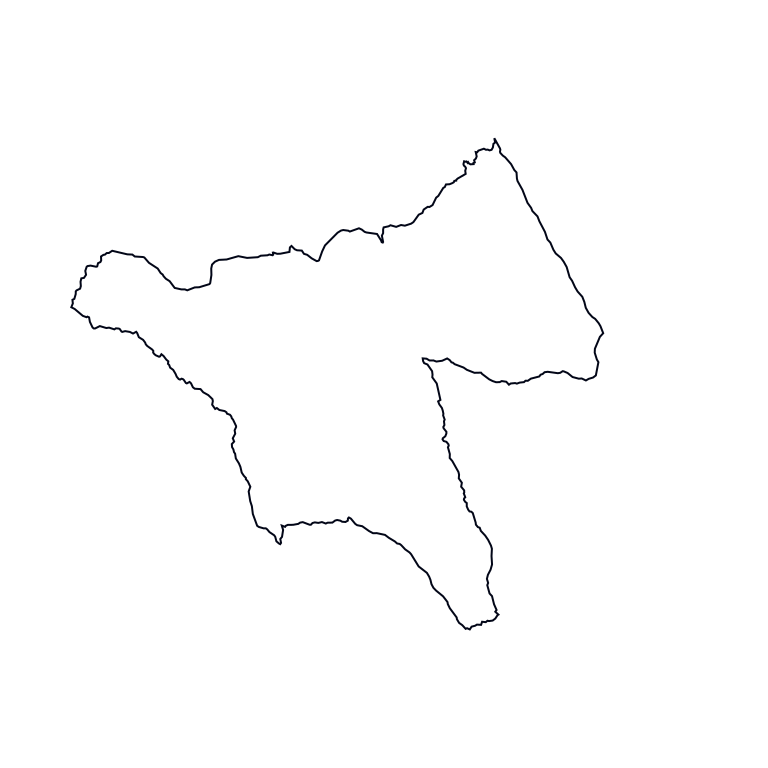 San Bernardo, Cundinamarca, Colombia (Equal Earth projection), rotated 328°
{"feature_id": "7082276B63706767253124", "entity_name": "San Bernardo", "entity_type": "district", "adm_level": 2, "iso_a3": "COL", "parent_name": "Colombia", "parent_adm1": "Cundinamarca", "projection": "equal_earth", "projection_center": [-74.363, 4.131], "detail": "fine", "context": "isolated", "style": "outline", "palette": "ink", "viewbox_px": 768, "rotation_deg": 328, "n_neighbors": 0, "source": "geoboundaries", "source_scale": "gbopen_adm2", "svg_char_len": 6154}
<svg xmlns="http://www.w3.org/2000/svg" viewBox="0 0 768 768"><g transform="rotate(328 384 384)"><path d="M329.7,636.2L333.2,637.3L335.3,637.3L338.7,639.7L341.2,637.6L344.1,639.9L346.3,639.6L347.4,640.7L350.8,642.2L354.1,641.9L357.8,640.2L358.8,640.2L357.7,636.1L359.7,635.3L360.6,629.1L363.2,621.1L362.5,617.6L365.0,609.3L366.9,607.9L368.0,603.8L371.0,600.9L375.9,598.0L380.0,594.3L384.0,586.9L388.2,580.9L389.1,577.7L389.7,571.4L389.5,566.2L388.3,559.9L389.0,556.6L387.8,555.1L387.4,552.0L388.3,550.1L390.9,540.5L390.4,538.6L389.0,537.4L388.8,535.2L389.3,531.7L391.1,528.8L390.4,526.9L390.4,524.5L391.3,523.5L392.9,523.1L393.7,519.0L394.5,518.6L395.6,516.7L395.0,512.0L397.7,509.0L397.4,503.7L399.6,500.7L400.5,498.1L401.1,485.5L400.5,481.6L402.7,478.3L404.7,471.5L406.2,470.6L406.7,469.3L406.3,466.1L404.4,464.0L404.3,462.0L405.1,461.2L408.3,460.8L410.6,459.1L411.6,457.6L411.1,453.2L411.5,451.9L413.5,450.8L415.1,447.4L416.6,446.3L417.5,442.0L418.6,440.7L419.7,437.8L420.4,435.0L420.1,430.6L420.7,427.4L423.4,427.4L429.0,411.5L428.5,403.9L430.1,401.8L431.6,398.6L431.2,390.5L429.1,387.6L429.3,385.3L430.4,382.8L433.5,385.1L435.1,388.2L438.4,390.2L440.3,392.7L445.6,395.1L451.1,395.8L452.4,398.6L452.7,401.4L453.7,402.4L454.4,404.6L460.2,412.2L461.8,415.9L466.6,422.4L472.3,425.8L472.5,427.4L475.7,435.8L477.7,439.1L480.0,441.9L483.1,443.7L485.4,443.9L488.9,446.9L489.6,450.8L491.7,450.7L495.7,452.7L496.9,454.1L499.8,454.7L503.7,456.6L505.7,456.2L507.7,457.5L511.4,457.3L519.7,459.9L521.7,459.1L523.9,459.6L526.4,459.1L529.3,460.4L537.2,467.0L539.4,467.9L542.3,467.8L543.1,468.5L545.5,471.9L547.6,478.0L552.0,482.7L554.6,484.1L557.1,488.0L560.3,488.1L564.7,489.3L568.2,489.0L577.4,479.1L577.5,476.0L579.3,469.1L581.5,465.9L592.1,458.4L596.8,457.1L598.2,449.7L598.3,446.3L597.6,440.7L596.2,437.6L595.2,432.1L595.5,426.3L597.4,420.5L598.4,415.1L597.2,408.2L597.3,403.2L598.2,396.2L598.0,391.8L600.9,381.6L601.2,375.6L600.9,370.9L598.8,364.3L598.8,359.9L600.0,352.2L599.2,348.1L601.1,340.3L602.0,328.3L603.0,323.2L601.5,316.0L602.1,312.6L601.7,306.4L604.3,292.7L604.8,282.6L605.6,280.2L608.5,274.8L607.9,271.6L608.3,264.9L606.9,256.0L605.8,253.3L605.1,249.7L605.4,248.5L606.8,247.0L607.2,245.7L607.8,234.0L606.2,238.1L604.1,238.3L601.7,241.1L599.3,242.4L597.3,241.8L596.2,240.2L594.6,239.4L593.4,237.4L587.7,236.1L585.8,236.9L584.7,235.9L583.2,240.1L581.4,241.5L579.0,242.0L578.4,244.2L576.9,244.0L576.5,245.0L573.7,243.5L572.9,241.8L572.9,240.5L572.1,240.8L571.9,239.0L570.9,238.7L570.0,237.6L567.9,239.6L567.5,241.1L568.0,242.7L567.9,244.4L565.9,246.2L564.6,249.1L555.3,248.8L553.4,249.2L553.0,249.8L551.3,249.0L550.1,249.9L548.1,249.8L545.4,249.3L542.3,247.6L539.9,249.2L538.2,249.1L529.7,253.3L527.0,253.6L520.0,258.0L516.4,258.0L514.9,256.9L510.1,257.1L507.2,259.3L503.2,258.8L494.7,262.3L492.0,262.4L485.6,260.8L482.7,258.2L477.6,257.2L473.6,252.8L471.5,252.7L466.7,251.0L465.2,252.4L463.2,255.6L460.8,257.1L458.5,263.1L457.9,263.4L457.2,262.5L457.6,260.6L457.6,253.1L449.4,246.2L448.2,244.7L447.0,241.3L445.3,238.7L435.8,236.6L435.0,235.1L431.0,231.8L428.8,231.1L424.8,231.1L407.4,235.2L401.8,238.8L394.4,244.7L393.1,244.6L392.0,244.1L389.3,239.2L387.3,233.7L385.1,231.2L385.0,227.3L381.1,224.5L379.7,222.4L378.7,217.9L376.6,218.3L373.8,221.9L365.2,218.6L362.4,217.0L359.9,213.9L359.4,213.7L358.6,215.6L357.8,215.8L355.3,213.4L353.4,213.1L347.5,209.9L344.2,209.6L334.7,204.5L328.2,198.4L316.5,195.0L309.8,191.3L305.5,190.7L301.5,191.6L298.7,194.5L295.4,200.1L290.1,206.3L288.9,206.8L278.5,204.0L274.7,201.8L266.8,200.3L265.3,198.3L262.2,196.3L257.4,191.6L256.7,183.2L254.8,179.2L254.2,175.9L254.3,173.9L253.4,171.6L253.3,166.2L248.9,156.7L247.8,149.7L246.9,148.6L240.2,143.8L239.2,140.9L235.0,138.0L224.1,127.0L220.1,127.1L218.2,126.0L215.9,126.4L214.5,125.8L211.6,125.9L209.6,129.4L208.1,130.3L205.5,130.0L203.1,132.3L202.0,132.0L197.9,128.1L195.1,126.9L194.0,127.0L190.6,129.8L189.2,133.5L185.8,135.0L183.3,134.0L180.8,136.5L178.8,140.3L176.8,142.1L172.9,141.7L171.7,142.1L170.2,144.4L166.5,147.7L164.4,147.5L162.8,150.8L159.5,153.2L161.4,156.4L164.7,166.6L167.1,169.7L168.2,169.7L169.2,171.2L167.5,175.5L166.8,181.6L167.3,183.1L168.4,183.8L173.7,184.3L178.2,189.4L180.7,190.5L184.3,194.8L186.1,194.7L188.4,196.4L189.0,197.2L189.2,200.4L189.6,201.1L192.5,202.0L196.1,205.2L197.9,208.2L201.5,208.4L201.7,209.9L200.9,214.4L203.1,218.9L203.4,222.3L203.0,224.1L203.4,226.4L205.7,232.0L205.9,233.7L204.9,235.0L205.0,236.6L205.6,238.6L207.7,241.7L208.7,241.9L211.0,240.8L211.9,243.4L212.3,248.0L213.1,250.5L211.5,252.4L211.9,254.0L211.3,256.8L212.7,260.3L212.6,264.9L212.1,268.0L212.5,271.0L213.4,272.2L215.1,272.2L216.0,273.2L216.4,274.4L216.5,278.1L217.1,279.0L220.2,279.2L220.7,281.2L220.2,285.5L221.0,287.7L225.7,291.1L226.3,295.2L229.1,300.3L230.5,305.9L229.8,307.8L227.3,310.5L227.6,315.7L229.5,315.8L230.6,318.8L234.5,322.5L235.4,324.5L235.1,325.9L237.1,328.5L237.3,330.5L236.8,332.5L237.1,334.1L236.3,341.2L235.8,342.1L232.8,344.1L231.5,347.3L227.0,349.9L226.4,353.4L223.1,354.3L221.7,357.0L221.6,359.7L220.7,362.3L220.8,364.2L218.9,368.6L218.9,374.4L218.3,378.2L216.4,383.7L216.5,387.5L217.1,390.6L216.4,391.5L216.9,394.3L216.2,400.3L212.3,403.4L208.5,412.4L207.2,417.6L203.9,424.7L201.3,437.0L202.1,438.9L205.5,442.7L207.3,443.8L207.9,445.3L208.4,448.9L210.7,454.1L210.8,455.9L209.4,460.4L210.4,463.6L211.1,464.8L212.5,464.2L213.9,460.5L216.5,459.6L221.1,454.3L222.3,449.9L224.4,452.7L225.5,452.2L227.8,452.5L232.2,455.2L237.2,457.2L239.4,457.1L241.9,458.1L246.4,464.0L247.4,464.6L249.7,464.0L252.0,464.7L254.7,467.0L258.2,468.2L260.7,471.5L262.6,471.7L266.8,474.2L270.2,473.9L272.2,474.5L274.6,476.8L275.5,478.6L278.2,480.6L280.9,480.7L282.2,478.9L283.5,478.6L284.6,480.7L285.5,487.4L286.4,489.5L290.2,493.1L293.4,500.8L295.6,504.7L298.9,506.7L304.9,512.5L306.6,517.0L309.8,523.3L310.6,526.2L312.5,527.9L313.2,529.7L314.3,535.4L316.4,540.4L316.8,542.7L316.7,557.1L320.3,566.9L320.2,571.3L319.6,574.7L318.2,578.9L317.9,583.0L318.7,586.8L321.6,595.4L322.3,602.6L321.5,604.4L321.0,609.0L321.9,620.5L321.2,622.1L321.1,626.4L322.6,630.0L323.5,634.9L325.0,635.1L326.7,637.6L329.7,636.2Z" fill="none" stroke="#020617" stroke-width="2"/></g></svg>